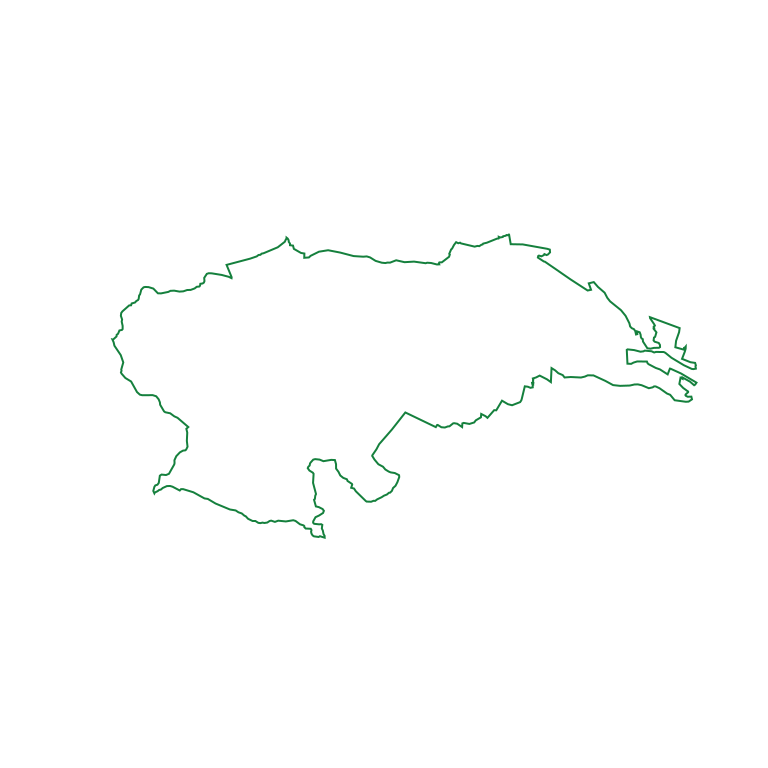 the district of Valcau De Jos, Salaj, Romania, rotated 39°
{"feature_id": "2599482B85911950324638", "entity_name": "Valcau De Jos", "entity_type": "district", "adm_level": 2, "iso_a3": "ROU", "parent_name": "Romania", "parent_adm1": "Salaj", "projection": "natural_earth1", "projection_center": [22.736, 47.091], "detail": "fine", "context": "isolated", "style": "outline", "palette": "green", "viewbox_px": 768, "rotation_deg": 39, "n_neighbors": 0, "source": "geoboundaries", "source_scale": "gbopen_adm2", "svg_char_len": 6165}
<svg xmlns="http://www.w3.org/2000/svg" viewBox="0 0 768 768"><g transform="rotate(39 384 384)"><path d="M274.4,613.5L274.2,612.5L275.5,609.8L276.0,607.7L277.0,606.6L277.5,604.0L279.5,600.0L281.9,597.9L284.3,596.9L292.3,595.3L292.4,593.5L294.1,592.1L304.0,588.1L316.5,585.9L319.4,584.2L328.3,582.9L343.2,578.5L348.3,575.6L351.6,575.3L354.9,574.1L358.5,574.2L359.7,573.8L363.2,574.3L368.0,573.2L370.3,571.4L373.7,571.0L375.5,569.9L376.8,568.2L378.5,567.3L380.5,565.1L381.3,562.5L382.3,561.2L386.0,559.8L387.8,556.8L394.2,552.6L399.2,547.0L401.4,546.1L407.0,545.9L410.5,544.5L411.5,544.6L412.2,545.4L414.1,545.6L418.2,542.6L419.6,543.2L420.3,544.7L421.8,545.9L423.8,546.6L425.4,546.5L429.5,544.0L430.0,542.6L434.6,540.8L433.4,539.4L431.5,538.7L428.7,536.4L426.6,535.4L424.7,532.3L423.4,532.5L421.9,533.9L417.7,536.6L416.2,536.4L415.4,535.2L414.6,530.6L416.3,527.1L417.8,522.6L417.1,520.4L415.0,519.8L410.8,520.7L408.1,522.0L402.5,518.0L402.6,516.8L400.9,514.1L400.4,512.3L391.1,505.5L385.8,498.1L384.5,497.7L380.5,498.2L377.7,497.4L377.3,496.1L377.5,494.1L376.5,492.3L376.4,491.1L376.6,487.3L377.8,485.7L381.5,483.3L385.5,482.1L390.7,476.2L393.7,474.0L397.2,476.5L400.0,479.9L403.9,480.9L407.6,482.6L411.4,482.6L415.1,481.4L416.7,482.3L421.9,481.8L422.6,482.2L423.8,485.3L426.5,484.1L429.6,485.1L443.5,486.4L444.5,486.3L448.1,483.6L449.4,481.3L450.7,480.4L451.3,477.9L453.4,473.5L454.3,470.7L455.8,468.1L456.3,465.4L457.1,464.6L457.4,462.1L456.5,459.1L457.0,455.9L456.2,451.9L454.4,446.7L453.1,445.4L452.5,445.5L448.4,446.4L444.8,448.5L442.7,449.1L438.8,449.6L435.3,448.9L430.1,449.9L424.1,448.7L420.1,447.3L419.8,446.8L419.2,439.4L418.1,433.8L418.8,414.5L418.5,392.7L451.4,384.9L451.1,382.4L451.5,382.0L455.8,381.5L458.7,379.5L460.3,376.8L461.5,375.7L462.5,371.1L463.2,370.3L465.9,368.8L471.8,368.3L469.7,365.3L470.4,364.1L475.5,361.3L478.3,357.1L478.2,354.5L480.3,348.9L478.4,346.1L483.2,345.1L485.7,345.2L486.1,335.0L487.8,333.8L486.2,322.7L493.0,321.7L496.9,319.9L501.2,312.4L501.0,310.3L500.4,308.8L494.9,297.2L497.5,295.6L500.2,294.8L501.7,293.0L500.1,291.1L500.4,290.7L499.9,290.2L499.1,290.6L498.3,289.9L499.2,288.9L498.1,288.1L497.2,287.0L497.3,286.7L496.2,286.0L498.0,283.3L499.7,279.5L507.7,277.8L512.5,277.5L504.2,266.2L508.4,265.7L512.7,265.9L517.3,264.6L520.2,265.3L524.8,261.0L533.0,255.0L535.4,251.9L536.9,249.0L541.4,245.5L554.0,242.3L562.7,240.7L568.6,236.9L576.0,230.5L579.0,226.7L581.6,224.5L585.0,222.8L592.5,220.6L594.9,217.5L595.4,215.9L596.7,214.9L600.8,213.9L610.0,213.3L613.2,212.3L620.1,213.7L629.7,207.9L631.8,206.0L633.0,202.1L630.8,200.4L628.0,202.8L626.0,203.2L625.2,202.9L625.0,202.2L625.5,199.0L625.1,198.5L618.9,198.8L613.5,198.1L610.5,192.5L612.7,192.1L611.8,191.1L612.9,190.9L620.4,189.6L625.8,189.8L626.2,188.6L626.0,186.3L608.2,188.9L597.0,191.8L596.5,192.1L598.4,198.0L589.3,199.0L585.1,200.5L577.1,202.1L575.8,202.0L574.2,201.1L566.6,207.1L564.4,210.4L563.4,212.8L560.4,215.0L551.2,204.7L551.5,203.8L557.1,200.2L563.0,197.5L565.1,195.3L565.6,194.0L571.3,190.2L574.1,189.5L575.2,187.9L581.3,183.1L583.0,182.7L590.9,182.7L605.2,180.7L613.7,178.6L615.1,177.7L616.7,175.8L614.8,174.1L614.7,173.3L612.5,171.8L608.5,174.2L599.8,176.9L597.4,169.5L596.2,166.7L594.9,165.0L594.9,166.2L594.4,167.1L595.2,168.7L587.3,172.1L583.8,166.6L580.7,158.0L578.6,154.5L548.6,164.7L549.4,165.4L556.6,167.6L557.8,168.2L557.5,169.7L557.8,170.2L558.9,170.5L558.8,171.4L563.2,172.4L565.0,176.7L564.6,178.0L566.1,180.5L567.7,180.8L571.7,179.2L573.9,180.0L575.3,181.6L574.9,182.8L571.1,186.0L568.9,188.8L566.2,190.5L558.5,188.0L556.9,186.3L555.5,186.5L554.0,185.8L552.4,184.2L550.2,182.9L547.7,183.8L549.5,185.8L548.7,186.9L545.9,184.7L543.7,184.1L541.4,184.7L539.1,184.4L536.5,182.4L528.9,179.0L521.8,177.5L507.7,177.5L503.3,176.5L498.0,174.2L489.2,173.9L482.9,172.8L479.8,176.9L485.6,180.5L483.4,183.2L463.3,185.3L432.1,187.7L431.1,188.2L424.0,188.9L423.3,187.5L423.6,186.7L426.0,185.7L427.1,183.2L426.9,182.1L429.2,181.5L429.9,180.2L430.2,177.2L428.3,175.2L425.8,176.2L404.0,188.2L394.5,195.6L387.2,189.2L386.8,189.5L386.7,190.4L385.4,191.2L385.3,192.2L383.6,194.2L383.8,195.0L382.1,197.0L380.6,197.4L381.5,198.3L381.5,198.8L380.4,199.8L375.0,209.5L372.7,212.5L372.8,213.5L372.1,214.4L371.3,216.9L369.7,217.9L368.0,220.2L355.3,226.3L354.2,226.3L353.1,227.9L350.8,228.4L350.9,231.9L351.7,235.9L351.5,237.2L352.8,241.8L353.7,242.0L354.5,244.2L352.4,253.0L350.5,254.7L350.7,255.8L351.6,256.3L349.9,257.8L344.5,260.3L341.2,262.6L340.4,263.9L330.3,270.0L323.3,276.4L315.6,280.2L312.3,285.9L310.2,287.5L309.0,289.1L306.0,291.1L300.0,293.6L293.5,294.4L290.3,295.7L287.8,298.1L279.9,303.7L267.3,309.4L256.4,315.2L250.2,322.1L246.3,330.6L246.0,332.9L242.6,336.1L240.0,332.7L237.0,334.4L228.9,335.7L226.2,333.7L223.6,335.3L222.5,334.0L220.6,333.5L219.4,332.3L217.7,331.6L216.2,331.6L217.0,332.6L216.7,333.2L217.4,335.9L215.4,344.6L208.1,358.2L206.8,359.8L206.7,361.3L205.3,362.7L204.8,364.9L201.1,370.8L186.7,390.5L198.4,396.9L198.9,397.7L195.9,398.4L189.2,401.4L180.5,406.4L178.1,408.2L177.0,409.9L177.5,414.7L179.7,417.0L180.2,418.5L179.8,420.0L178.2,421.7L179.1,423.3L179.2,424.4L177.3,426.3L176.7,428.9L174.5,432.6L171.9,434.8L169.7,438.3L166.9,440.9L162.2,443.5L159.4,446.0L158.4,448.2L153.7,453.9L151.2,455.8L144.7,455.0L140.0,456.9L137.3,458.9L136.3,460.2L136.0,463.4L138.0,467.9L138.0,469.3L139.8,472.3L140.0,473.5L139.3,475.4L139.2,477.4L137.2,480.2L137.9,482.0L136.5,483.3L135.0,492.2L135.1,494.2L136.6,496.6L139.9,498.7L140.9,500.6L144.3,503.3L146.3,505.8L146.3,506.9L144.7,508.9L145.7,512.3L145.3,514.0L146.2,515.4L145.5,520.0L144.9,520.3L147.6,521.7L150.4,523.9L161.2,527.2L167.8,531.3L170.7,538.1L171.7,538.9L172.3,540.6L173.5,541.1L179.2,542.1L185.9,541.2L197.1,545.7L201.0,545.9L203.1,544.9L211.3,538.2L214.7,536.9L218.5,537.7L221.4,539.3L223.1,541.0L230.3,543.7L231.8,543.6L236.3,541.3L241.4,541.1L244.8,540.2L259.0,540.6L258.6,543.2L261.7,545.6L266.6,552.3L270.8,556.4L271.5,559.4L271.4,560.5L269.7,562.3L268.4,565.6L268.0,570.8L269.1,575.1L271.0,577.3L271.6,578.5L273.4,589.1L271.9,591.9L268.1,594.4L267.5,596.3L271.2,602.6L271.3,604.9L270.1,606.7L270.3,608.5L272.0,612.3L274.4,613.5Z" fill="none" stroke="#15803d" stroke-width="2"/></g></svg>